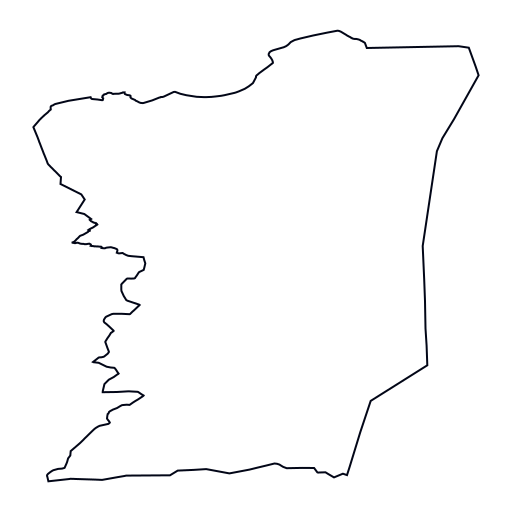 outline of Hattfjelldal nor, Nordland, Norway
{"feature_id": "86288312B94479588968211", "entity_name": "Hattfjelldal nor", "entity_type": "district", "adm_level": 2, "iso_a3": "NOR", "parent_name": "Norway", "parent_adm1": "Nordland", "projection": "robinson", "projection_center": [13.925, 65.5], "detail": "fine", "context": "isolated", "style": "outline", "palette": "ink", "viewbox_px": 512, "rotation_deg": 0, "n_neighbors": 0, "source": "geoboundaries", "source_scale": "gbopen_adm2", "svg_char_len": 5722}
<svg xmlns="http://www.w3.org/2000/svg" viewBox="0 0 512 512"><path d="M40.6,118.9L39.7,119.7L37.0,122.9L36.2,123.8L33.5,126.9L33.4,127.2L37.5,137.1L39.0,141.1L39.3,142.1L39.8,143.2L41.5,147.7L42.8,151.0L43.6,153.1L43.7,153.5L44.1,154.3L46.6,160.5L47.7,163.5L48.3,164.4L49.9,166.0L50.6,166.8L52.2,168.3L54.3,170.5L55.1,171.2L60.1,176.3L61.0,177.0L60.5,184.0L74.7,191.1L81.3,194.4L84.7,199.5L76.6,212.1L84.3,214.0L91.1,219.0L89.8,219.9L91.1,221.2L92.7,222.0L92.9,222.1L93.2,222.4L93.7,222.5L94.2,222.8L94.9,222.8L95.3,223.1L96.2,223.2L96.4,223.6L96.3,223.8L96.9,224.0L96.9,224.3L97.2,224.6L96.9,224.8L96.5,225.2L96.4,225.3L95.8,225.5L95.3,225.8L94.9,226.2L93.2,227.3L92.6,227.7L92.3,227.8L90.6,228.6L90.1,228.9L89.7,229.1L89.3,229.3L89.2,229.5L88.4,230.0L88.9,230.4L89.8,230.5L89.8,230.8L88.4,231.2L88.3,231.3L88.1,231.8L87.7,232.1L83.2,234.7L80.2,235.8L79.8,236.1L79.4,236.5L78.4,237.6L77.5,238.5L76.7,239.1L75.5,240.5L74.3,241.6L73.1,242.2L72.5,242.4L72.5,242.7L72.8,242.8L73.7,242.9L74.5,243.1L75.5,243.1L76.0,242.9L76.5,242.9L77.2,242.7L77.8,242.8L78.6,242.9L79.5,243.4L81.2,243.8L83.6,243.9L84.8,244.2L86.6,244.1L88.2,243.8L89.5,243.7L89.7,243.9L90.6,244.3L90.9,244.6L90.9,245.0L91.0,245.3L90.7,245.8L92.0,246.1L92.8,246.0L93.5,246.2L93.9,246.2L94.4,246.4L95.0,246.3L97.2,246.5L97.5,246.4L100.1,246.7L101.1,246.7L101.5,247.0L101.9,247.4L101.6,248.0L102.2,248.1L104.2,248.3L105.2,248.2L106.0,247.8L106.9,247.6L108.8,247.4L110.8,247.2L111.7,247.4L113.4,247.9L114.4,248.1L116.8,249.1L117.2,249.6L117.4,250.1L117.4,250.6L117.3,251.1L116.9,252.2L116.8,252.7L117.3,252.8L118.0,253.2L119.0,253.4L122.6,253.0L124.3,254.1L125.2,254.5L126.1,255.0L128.2,255.8L131.7,256.2L136.6,256.6L143.5,257.2L144.2,259.9L145.3,263.4L144.4,267.3L143.7,269.9L139.3,272.0L138.8,272.4L136.8,275.5L135.4,277.4L135.0,278.1L134.4,278.4L133.8,278.5L131.5,278.6L127.6,278.5L126.7,278.8L122.0,283.6L121.3,284.5L121.3,289.7L121.5,291.1L123.8,296.1L125.5,298.8L126.2,300.0L127.4,300.7L139.1,304.6L139.6,305.0L133.6,310.7L132.6,311.5L130.1,314.0L129.5,314.2L121.7,313.8L113.4,313.8L111.8,314.1L106.2,316.7L105.4,317.4L104.0,319.6L103.8,320.4L103.7,321.1L104.0,321.9L104.4,322.5L106.5,324.1L109.5,326.8L113.6,330.7L113.6,331.0L111.6,332.5L110.9,332.9L109.3,335.6L107.5,338.1L105.4,341.5L105.3,342.0L107.6,348.4L108.7,351.2L108.9,351.7L108.8,352.2L107.7,353.7L104.3,356.4L103.6,356.8L101.3,357.3L99.3,357.4L98.6,357.6L97.5,358.5L93.0,362.0L93.4,362.2L98.7,362.8L106.6,366.7L110.7,367.5L114.2,367.8L114.7,368.1L115.9,369.6L117.5,372.1L118.6,373.6L118.2,374.0L117.1,374.6L113.8,377.0L108.8,379.7L104.6,383.9L104.4,384.2L103.9,386.4L102.8,391.0L102.7,391.9L102.7,392.2L116.8,392.0L128.6,391.3L137.6,391.8L138.2,392.0L141.4,394.2L143.6,395.5L143.4,395.8L143.0,396.1L138.1,399.4L135.5,400.9L133.0,402.5L129.6,404.9L126.7,404.7L122.4,405.1L121.9,405.2L120.2,406.1L117.1,408.0L112.7,409.7L111.2,410.6L110.6,410.8L109.1,411.9L108.4,413.6L107.7,414.0L107.4,415.4L107.0,418.5L107.6,419.5L109.3,421.6L109.8,422.6L109.3,423.2L108.3,423.9L99.7,425.8L98.2,426.5L95.7,428.0L94.3,429.1L92.5,430.8L88.6,434.6L86.8,436.4L84.6,438.5L83.5,439.7L80.1,443.0L70.7,451.1L70.3,455.5L68.1,458.4L67.2,461.7L66.6,463.3L64.6,467.8L64.2,468.0L62.0,468.6L58.1,468.9L53.4,470.2L52.4,470.7L50.4,472.0L48.0,473.9L47.2,474.9L47.0,475.8L47.4,477.0L48.4,481.3L69.4,479.0L70.3,478.8L74.0,478.9L76.0,479.0L95.3,479.6L102.1,479.9L117.3,477.2L124.4,476.0L126.2,475.6L170.0,475.3L177.7,470.6L193.5,469.9L206.2,469.1L229.4,473.4L249.5,469.6L257.6,467.6L266.0,465.6L274.5,463.5L277.1,463.8L278.3,464.2L279.5,464.6L281.2,465.7L283.2,466.9L286.7,468.2L302.1,467.9L314.1,468.0L317.3,472.3L318.1,472.6L319.2,472.5L325.5,472.3L328.2,474.0L334.0,477.4L342.9,473.7L347.0,475.1L349.6,467.0L360.3,432.1L370.7,400.9L427.3,365.3L426.6,345.7L425.5,328.5L425.0,301.1L424.2,279.6L422.7,246.0L436.9,151.2L442.4,138.2L454.1,119.0L478.6,75.3L475.7,66.7L468.8,47.7L458.6,46.2L366.8,48.0L364.9,42.9L364.5,42.6L364.0,42.3L363.8,42.1L363.2,41.9L363.1,41.7L362.6,41.4L361.9,41.1L361.6,40.9L360.8,40.6L360.0,40.0L358.7,39.5L356.6,39.0L355.8,38.9L355.1,39.0L354.3,38.9L353.2,38.7L352.2,38.4L351.8,38.0L351.6,38.0L350.8,37.6L350.6,37.3L348.9,36.5L348.3,36.1L347.5,35.8L346.4,35.0L340.9,31.7L339.2,31.0L338.3,30.8L337.7,30.7L336.9,30.8L327.3,32.6L313.1,35.5L300.3,38.5L296.3,39.6L295.1,39.9L294.1,40.3L290.7,42.1L288.8,44.1L287.9,44.9L286.2,46.1L285.6,46.4L283.6,47.3L282.8,47.5L274.4,49.9L272.8,50.4L271.0,51.2L269.6,52.2L269.0,53.4L268.8,53.7L268.7,54.2L268.7,55.0L269.0,55.7L270.3,57.2L271.2,58.4L272.3,60.3L272.9,62.2L272.9,62.9L267.3,67.3L263.9,69.7L259.3,73.1L258.3,74.0L256.6,75.4L256.2,75.9L256.0,76.3L256.0,77.3L253.0,83.0L252.3,83.6L248.8,86.3L244.8,88.8L238.8,91.4L235.8,92.5L234.4,92.9L224.4,95.2L221.1,95.8L215.3,96.5L211.4,96.9L206.7,97.1L203.4,97.1L196.6,96.8L186.3,95.2L180.4,93.8L175.8,92.1L175.2,91.9L174.4,91.9L173.6,92.0L163.8,96.6L162.5,97.0L161.1,97.0L160.6,97.1L160.5,97.3L160.2,97.4L159.2,97.6L152.2,100.4L143.5,103.0L142.8,103.1L140.6,102.9L139.2,102.4L137.2,101.3L136.0,100.8L135.6,100.6L135.1,100.0L131.6,98.5L131.1,98.1L130.7,97.7L130.4,97.1L130.5,96.9L130.6,96.2L130.5,95.8L130.1,95.5L129.5,95.3L127.2,95.0L126.0,94.5L125.1,94.1L124.9,94.0L124.5,93.1L124.6,92.4L122.9,92.4L122.3,92.8L121.7,92.9L119.7,93.5L118.7,93.7L113.6,93.8L113.2,94.0L112.4,93.8L111.5,93.1L111.2,93.0L109.3,92.7L108.4,92.8L107.4,93.1L106.3,93.9L104.1,94.4L103.8,94.9L102.7,95.6L102.8,96.1L102.2,97.1L102.2,97.3L103.2,98.3L102.9,99.5L102.7,100.1L102.1,100.2L97.5,99.5L92.0,99.0L91.2,98.5L90.9,98.0L90.6,97.2L68.5,100.8L55.3,104.0L54.4,104.4L53.0,105.3L51.6,105.8L50.9,106.3L50.7,106.7L50.6,108.1L50.8,109.3L50.7,109.6L49.1,110.9L47.9,112.3L44.4,115.2L40.9,118.5L40.6,118.9Z" fill="none" stroke="#020617" stroke-width="2"/></svg>